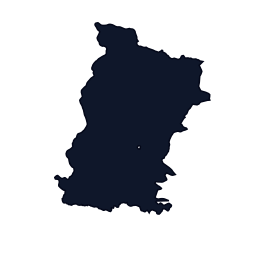 Dilolo, Katanga, Democratic Republic of the Congo, rotated 112°
{"feature_id": "63176286B33518015273847", "entity_name": "Dilolo", "entity_type": "district", "adm_level": 2, "iso_a3": "COD", "parent_name": "Democratic Republic of the Congo", "parent_adm1": "Katanga", "projection": "natural_earth1", "projection_center": [23.36, -10.539], "detail": "fine", "context": "isolated", "style": "filled", "palette": "ink", "viewbox_px": 256, "rotation_deg": 112, "n_neighbors": 0, "source": "geoboundaries", "source_scale": "gbopen_adm2", "svg_char_len": 5818}
<svg xmlns="http://www.w3.org/2000/svg" viewBox="0 0 256 256"><g transform="rotate(112 128 128)"><path d="M188.6,59.4L188.2,59.3L187.1,59.6L186.6,59.5L184.8,58.6L184.0,58.6L183.4,58.8L183.1,59.3L182.5,61.7L182.7,62.1L183.7,63.2L185.5,64.8L186.1,65.5L186.3,66.2L186.3,66.6L185.6,68.2L185.4,69.7L185.7,70.1L186.7,70.3L187.0,70.6L187.2,71.0L187.3,72.0L186.1,74.6L185.1,74.3L180.1,62.9L180.1,66.7L180.2,68.2L180.6,69.5L181.1,70.8L182.7,73.5L182.8,75.5L182.4,76.9L175.2,77.3L173.7,76.9L173.1,75.7L172.3,74.6L171.4,74.4L170.5,77.0L170.4,78.6L169.2,82.4L167.7,82.3L167.0,81.4L166.8,80.2L165.4,76.3L164.9,75.5L161.8,72.8L161.2,72.8L160.7,73.2L158.3,76.0L156.9,76.1L155.3,75.4L155.2,73.8L155.4,70.3L155.0,68.8L153.4,66.7L151.9,69.7L150.4,72.0L149.3,75.2L147.6,82.3L145.6,84.4L143.7,84.8L142.5,83.4L142.1,83.2L141.4,83.4L139.9,83.3L138.6,82.5L135.9,82.2L134.5,81.8L133.0,82.2L131.9,82.2L131.1,82.6L129.3,83.1L128.1,83.2L127.5,83.5L125.8,84.8L123.2,85.1L118.5,84.9L117.6,84.5L116.1,84.4L115.0,83.9L114.3,83.3L112.5,81.0L112.2,80.3L112.0,78.4L111.6,77.6L109.8,76.1L108.2,74.0L106.9,72.8L106.5,73.3L106.2,74.1L106.4,74.8L106.4,76.8L106.0,77.8L105.4,78.5L105.5,78.6L104.6,79.5L104.7,80.2L104.3,80.9L99.2,80.1L97.7,79.7L96.8,79.1L95.9,80.3L94.2,79.8L92.7,78.9L88.8,78.9L87.7,78.5L86.6,77.9L81.7,77.0L80.6,72.6L79.7,71.8L79.3,71.3L77.4,70.8L76.6,70.3L72.6,64.8L71.5,62.6L69.9,63.9L68.8,63.9L66.5,64.7L65.9,66.1L65.8,69.3L66.3,74.4L64.6,76.5L62.9,78.2L59.3,78.9L53.0,80.9L51.1,80.6L48.0,80.7L47.0,81.5L43.3,85.4L42.8,85.5L41.8,84.9L38.3,83.4L38.9,86.4L38.8,87.2L38.4,88.0L38.7,88.8L38.6,90.9L39.7,93.3L40.0,94.8L39.7,95.8L40.0,96.4L40.5,97.0L40.4,97.9L40.7,98.9L41.8,101.2L40.1,103.7L40.6,104.7L41.3,105.3L43.8,105.4L45.0,106.2L45.7,107.4L46.0,111.3L47.4,113.0L47.5,114.3L47.0,116.4L46.4,117.1L45.9,118.0L45.8,119.4L44.8,121.0L44.5,124.0L44.3,124.6L43.2,125.0L43.2,125.7L44.2,126.2L46.0,127.7L46.5,128.5L46.4,129.6L46.6,131.7L46.4,133.9L46.7,139.4L46.3,141.4L47.1,142.7L47.5,144.2L47.5,146.9L48.0,147.7L48.0,149.4L47.5,150.7L46.0,151.8L44.9,151.9L43.7,151.1L42.4,153.1L40.3,154.0L37.1,156.9L36.1,157.5L35.2,158.5L34.7,159.7L34.6,160.8L35.0,162.3L35.2,162.7L35.2,163.9L36.7,166.1L37.3,167.6L37.4,168.5L37.3,172.8L37.6,174.2L38.2,175.4L38.4,176.4L38.5,177.5L38.2,180.1L38.2,181.5L38.5,183.1L39.0,184.4L40.6,186.2L41.3,187.4L42.1,189.2L42.6,190.7L42.6,192.0L41.7,195.0L41.9,195.7L42.8,197.0L43.3,197.4L44.3,197.4L45.2,196.8L46.4,195.0L48.0,193.2L48.4,192.5L49.1,190.4L49.4,190.2L51.0,190.1L55.7,190.4L56.6,190.0L57.9,188.8L59.1,186.9L60.8,185.8L61.5,184.7L61.6,184.0L61.7,182.5L61.0,181.0L61.0,179.6L61.1,178.9L61.7,178.0L62.7,177.1L64.7,177.0L65.7,176.5L67.1,176.0L68.0,176.0L69.0,176.5L71.1,178.4L74.8,181.1L78.0,182.4L78.1,182.8L80.6,183.7L82.5,184.1L85.9,184.0L87.1,183.3L87.9,181.1L89.8,180.9L90.4,180.5L91.2,179.6L91.9,179.0L92.6,179.0L93.6,179.5L95.7,180.9L100.3,182.5L101.7,182.8L103.8,182.6L104.9,182.7L106.4,183.6L109.9,185.0L110.8,185.1L112.3,184.6L115.6,182.2L116.5,182.0L119.1,182.9L120.2,183.1L120.7,182.9L122.6,181.4L124.8,178.7L126.5,177.4L127.9,176.0L131.5,173.6L131.7,173.4L132.0,173.3L133.9,171.3L135.9,169.6L138.7,167.6L140.2,166.9L142.2,167.0L146.1,167.7L148.5,168.9L149.0,169.0L150.5,170.2L152.0,172.0L152.7,172.3L154.0,172.4L156.4,172.1L158.2,173.3L159.3,173.6L160.0,173.7L161.8,173.4L163.0,173.7L164.9,172.8L165.5,172.3L166.1,172.2L167.6,172.7L169.1,173.5L170.9,175.0L172.0,175.7L173.2,175.9L175.1,175.7L176.8,174.6L177.8,173.2L178.3,171.8L178.8,171.3L180.5,170.3L182.9,168.6L184.1,166.9L185.0,165.3L185.2,163.7L185.8,162.9L186.4,162.4L187.1,162.4L187.5,161.8L188.3,161.7L190.7,162.1L192.4,162.1L193.7,162.5L195.4,163.8L197.3,163.7L197.9,164.2L198.4,165.1L198.4,165.4L198.2,166.3L197.9,166.8L197.7,167.6L197.9,168.3L199.5,169.9L199.7,170.7L199.4,172.5L198.9,173.8L198.4,175.3L198.6,175.8L199.3,176.5L201.2,177.4L201.5,177.3L202.5,176.2L202.0,174.5L201.8,173.1L202.5,172.2L203.9,171.4L206.7,170.9L207.7,170.4L208.6,168.5L209.2,166.6L209.7,164.4L209.4,163.1L209.6,162.5L210.4,162.5L211.0,162.2L212.1,162.0L212.6,161.7L213.2,161.7L213.8,162.2L214.4,162.3L214.9,162.2L215.8,162.2L217.1,161.9L218.2,162.5L220.0,161.5L220.9,160.7L221.2,160.0L221.4,159.8L221.2,158.7L220.6,157.4L220.7,156.6L221.1,156.1L220.8,154.8L221.2,154.3L220.9,153.3L220.5,152.9L220.5,152.5L220.8,152.2L220.8,151.9L220.6,151.4L220.2,151.0L219.7,150.8L219.4,150.5L219.2,150.4L218.9,149.7L218.5,149.6L218.4,148.7L218.1,148.7L217.6,147.9L218.0,146.0L217.9,144.7L217.6,143.8L216.7,142.3L216.9,141.6L216.7,141.0L216.3,141.4L216.3,139.3L216.2,138.8L215.4,138.1L215.0,137.3L215.2,136.9L215.1,136.6L214.5,136.7L214.3,136.5L214.0,135.5L214.2,135.1L213.7,134.1L214.1,133.7L214.2,133.3L214.0,132.5L214.0,131.3L213.9,130.6L213.9,130.0L213.6,129.2L213.3,129.1L212.9,128.0L212.7,126.3L213.2,125.6L213.6,124.6L213.3,123.6L213.3,122.2L213.5,120.1L213.3,119.5L212.0,118.0L212.0,116.3L212.2,114.3L211.9,112.9L210.9,112.6L209.9,112.6L209.2,113.2L208.2,113.4L208.0,112.3L207.7,111.5L205.4,111.7L204.9,110.7L205.5,109.0L205.5,108.4L205.2,107.8L204.8,107.3L202.6,107.5L201.6,106.8L201.0,106.9L200.1,106.2L198.6,104.0L198.5,103.5L198.6,102.7L198.5,102.2L197.5,101.0L198.4,100.5L198.8,99.9L199.2,99.0L199.5,97.7L199.5,96.6L198.8,95.2L197.9,94.6L197.5,93.4L197.0,92.9L196.5,91.1L196.6,87.6L199.5,85.0L199.6,84.7L199.4,83.5L199.4,81.3L199.2,80.8L197.4,79.7L197.1,79.2L197.5,78.6L197.8,77.8L198.7,76.6L197.8,76.6L196.2,76.2L195.5,75.7L194.7,74.7L194.7,71.2L194.8,70.6L195.4,69.9L196.4,69.2L196.6,68.5L196.3,67.8L196.3,67.0L194.8,66.2L193.5,65.9L192.5,65.4L190.3,65.5L189.7,64.9L189.4,64.4L189.2,63.6L189.5,61.7L189.9,60.5L189.8,59.9L189.3,59.8L188.6,59.4ZM142.7,109.0L143.2,109.6L143.5,110.5L143.4,111.0L142.6,112.0L142.3,112.2L140.5,111.7L140.1,110.7L140.2,110.2L140.7,109.4L141.8,109.2L142.1,109.3L142.7,109.0Z" fill="#0f172a" stroke="#020617" stroke-width="1.5"/></g></svg>